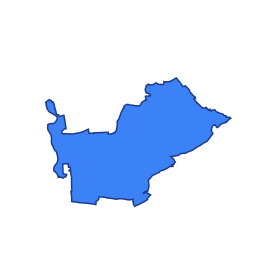 Topoloveni, Arges, Romania (Mercator projection), rotated 54°
{"feature_id": "2599482B28949166666369", "entity_name": "Topoloveni", "entity_type": "district", "adm_level": 2, "iso_a3": "ROU", "parent_name": "Romania", "parent_adm1": "Arges", "projection": "mercator", "projection_center": [25.078, 44.823], "detail": "fine", "context": "isolated", "style": "filled", "palette": "blue", "viewbox_px": 256, "rotation_deg": 54, "n_neighbors": 0, "source": "geoboundaries", "source_scale": "gbopen_adm2", "svg_char_len": 5845}
<svg xmlns="http://www.w3.org/2000/svg" viewBox="0 0 256 256"><g transform="rotate(54 128 128)"><path d="M154.4,216.8L157.6,213.3L159.7,211.3L164.4,205.8L169.3,200.6L170.5,199.6L171.0,199.0L170.6,198.5L168.7,197.0L168.6,196.9L168.6,195.6L168.8,194.9L168.2,193.5L167.7,192.7L166.7,191.6L171.8,186.1L172.3,186.1L174.1,183.9L176.7,181.3L178.9,179.2L179.9,176.9L181.3,175.0L181.9,174.2L186.7,169.6L187.0,168.9L187.5,168.3L188.2,166.6L188.7,165.9L189.7,166.7L190.7,167.5L191.6,167.6L193.0,168.4L195.3,168.6L196.4,162.9L197.1,158.6L197.4,154.3L196.3,153.7L196.0,153.3L196.0,152.6L195.4,149.0L193.0,150.1L192.2,150.3L191.0,151.3L190.5,152.0L189.9,153.8L189.6,153.5L189.4,153.1L189.4,152.3L189.8,151.2L190.7,149.0L190.1,148.5L189.2,147.3L187.8,145.7L186.8,144.9L182.4,142.3L182.0,141.5L181.8,140.8L181.9,139.9L181.6,139.3L180.7,135.8L181.3,134.2L181.4,133.3L181.5,132.1L181.4,131.2L182.1,130.0L182.3,129.0L181.8,127.6L181.8,127.2L182.3,125.4L182.9,124.6L182.8,123.7L183.0,122.9L183.5,120.6L183.7,119.9L183.6,118.9L183.7,117.9L183.8,116.9L184.1,115.9L184.8,115.3L185.4,114.2L184.8,114.1L183.4,114.5L183.3,113.9L184.1,113.6L184.3,112.5L184.2,111.7L183.5,111.3L183.4,110.8L183.3,110.4L183.4,109.8L182.3,109.8L181.6,109.6L179.9,109.4L178.9,109.7L178.2,110.1L176.3,110.2L177.4,108.1L177.8,107.7L178.0,106.9L178.3,106.2L178.3,105.8L178.6,105.2L179.2,104.5L179.6,104.0L179.8,103.2L179.7,102.6L179.6,102.1L179.6,101.8L179.7,101.4L179.6,100.9L179.7,100.5L180.4,99.3L180.9,98.3L181.3,97.5L182.0,96.8L182.2,96.3L182.4,95.8L182.3,94.6L182.4,94.2L182.7,93.1L183.3,91.3L184.0,87.6L183.7,86.5L183.7,85.9L183.9,85.2L183.9,84.7L184.1,83.7L184.1,81.9L184.3,81.2L184.6,78.7L184.6,77.4L184.5,75.5L184.8,74.8L184.9,73.9L185.0,72.7L185.2,71.9L184.8,70.7L184.7,69.8L184.1,68.3L183.6,66.5L183.1,65.2L182.8,63.5L182.4,62.6L181.5,62.5L178.8,62.2L178.6,61.6L177.5,60.6L177.3,60.1L176.7,59.4L176.3,58.8L176.0,58.4L176.0,57.1L176.3,56.9L176.7,55.7L179.4,55.8L180.0,55.7L180.0,55.3L180.2,54.5L180.1,53.1L179.8,52.2L179.7,51.7L179.5,50.8L179.7,49.5L180.5,47.3L181.1,45.4L180.8,45.4L180.6,44.7L180.9,43.4L180.8,42.6L180.3,41.7L180.4,40.6L180.6,39.2L179.4,39.3L179.1,39.4L178.8,40.1L178.6,40.4L177.8,41.1L177.6,41.6L177.3,41.9L177.0,42.0L176.7,41.9L176.1,41.5L175.8,41.5L175.3,42.1L174.0,43.1L172.9,43.0L172.4,43.1L171.3,44.0L170.1,45.1L168.4,45.9L167.4,46.5L166.8,47.1L164.2,47.1L164.1,47.5L163.0,49.4L163.3,51.0L160.9,50.6L161.0,52.4L159.0,52.4L158.9,52.7L157.2,52.7L157.4,53.4L157.1,54.1L156.5,54.5L155.8,55.7L154.5,56.2L153.5,56.4L148.6,57.1L148.7,57.5L147.5,57.4L143.1,57.6L143.2,56.8L143.6,56.0L143.6,55.9L142.9,55.6L142.2,55.5L141.7,55.6L140.7,56.1L139.8,56.3L137.3,56.4L137.0,56.7L136.4,56.5L134.9,56.7L132.9,56.0L132.2,56.0L130.4,56.4L130.0,56.3L129.0,56.7L127.5,56.8L127.5,57.6L127.0,59.0L123.9,59.2L121.5,59.1L119.6,59.4L116.1,59.4L115.8,60.1L115.8,60.5L115.6,60.9L115.5,61.6L115.7,62.3L115.7,62.9L115.4,63.6L115.4,66.0L115.0,66.2L114.7,67.1L114.7,67.6L114.4,68.2L113.9,68.9L113.1,69.7L113.0,70.2L112.7,70.4L112.1,71.4L111.6,71.6L112.6,72.6L113.7,74.2L113.1,74.8L112.0,75.7L112.0,76.2L111.1,77.2L109.1,78.4L108.0,78.7L107.8,79.6L107.7,81.1L107.8,81.7L107.7,82.4L106.5,84.3L105.9,85.6L105.5,85.5L104.6,85.6L104.3,87.1L104.7,88.7L105.4,88.8L105.8,89.9L106.3,90.7L107.2,91.5L108.2,92.1L108.8,92.1L109.4,92.3L110.0,92.7L110.6,92.4L111.4,91.8L112.9,90.9L113.1,90.4L113.5,90.4L114.5,90.4L114.9,91.5L114.7,91.5L113.9,93.1L113.0,94.3L112.6,95.3L113.9,96.0L114.4,96.1L116.5,96.9L115.4,98.1L115.5,98.7L115.4,100.3L115.4,101.2L115.6,102.2L115.9,102.8L116.6,104.0L116.7,105.5L116.2,106.6L115.5,107.5L115.3,108.0L114.7,108.5L114.5,108.9L112.0,111.1L111.2,112.3L109.8,113.5L109.1,113.9L108.5,114.7L108.1,115.5L108.0,118.4L109.3,119.5L109.2,119.8L109.4,120.2L109.5,121.0L110.4,122.1L111.1,123.9L112.9,126.5L113.9,128.0L114.3,128.4L114.8,129.1L115.7,131.1L116.1,132.5L116.7,133.4L117.7,133.6L119.1,134.9L120.7,136.3L121.4,137.2L122.2,137.9L122.6,138.4L123.4,139.7L123.9,140.7L124.1,142.0L123.6,141.9L123.4,143.5L123.4,144.0L123.1,144.9L122.7,145.3L121.4,147.5L119.9,146.5L117.9,149.3L116.1,152.2L114.9,153.8L114.0,155.3L113.1,156.7L111.7,158.6L112.0,158.9L109.2,162.8L105.7,160.7L105.1,163.5L104.5,166.9L103.5,169.5L101.7,173.4L100.0,176.8L99.1,177.9L94.2,184.1L93.2,184.5L92.5,184.2L91.5,182.4L91.4,180.4L91.7,179.7L91.8,179.2L92.1,178.5L90.3,177.5L87.1,176.0L85.6,175.1L80.1,172.4L79.9,172.5L79.9,172.8L79.7,173.2L78.8,175.5L78.1,176.8L77.2,176.5L76.4,176.4L76.1,176.7L75.7,177.2L74.9,177.6L74.7,177.7L73.7,177.4L73.0,176.9L69.0,175.4L67.9,175.2L67.5,174.8L66.8,174.4L65.4,173.8L63.4,173.4L62.6,173.5L62.5,173.8L62.3,173.8L62.0,174.3L61.2,174.1L61.0,173.9L60.6,174.0L60.3,174.4L60.2,174.9L59.0,174.7L58.6,176.4L59.0,179.7L59.7,179.8L63.0,181.4L65.2,182.2L67.7,182.3L69.7,181.9L71.1,181.0L74.5,179.7L75.6,179.1L76.5,178.9L77.0,178.9L78.7,179.6L79.4,180.3L80.3,182.5L80.6,184.3L80.7,185.2L80.6,185.8L80.2,186.3L79.7,186.9L78.9,188.2L78.2,189.8L78.0,190.5L78.3,191.0L79.4,191.8L80.4,192.9L82.5,193.8L83.3,194.0L84.5,194.0L87.2,194.3L88.2,194.3L89.9,195.1L91.9,196.3L93.0,197.1L93.7,197.9L95.6,198.8L96.6,199.2L97.6,199.4L99.2,199.4L100.7,200.2L102.0,200.1L103.5,200.4L103.8,200.1L104.3,199.9L105.1,200.0L106.1,200.2L111.4,202.5L113.3,204.3L113.9,204.9L114.4,205.8L115.1,207.9L115.7,210.0L116.5,211.1L118.4,212.8L119.7,213.2L120.7,212.6L123.4,212.4L125.6,212.8L126.9,213.5L127.2,212.9L127.2,212.4L127.4,211.9L127.8,212.0L129.5,210.3L130.2,210.2L130.4,209.9L130.4,209.5L130.2,209.0L130.6,207.7L130.9,207.2L130.2,205.6L129.8,205.0L129.5,204.9L128.0,206.6L127.4,206.9L126.9,207.5L118.7,201.9L121.8,197.3L124.7,199.2L125.7,197.8L127.5,198.9L127.8,199.9L127.8,200.9L128.1,200.9L128.5,200.5L128.7,200.0L129.2,199.6L129.8,200.1L132.7,201.8L133.9,202.1L143.6,209.0L144.8,209.8L145.7,210.3L146.1,211.0L145.8,211.5L151.0,214.3L154.4,216.8Z" fill="#3b82f6" stroke="#1e3a8a" stroke-width="1.5"/></g></svg>